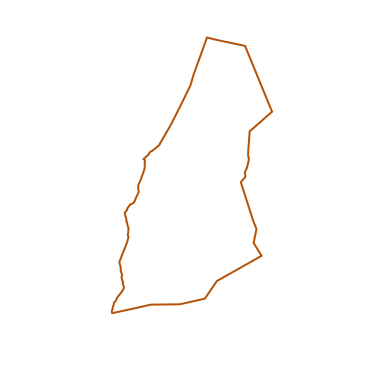 Tu'rgen, Uvs, Mongolia, rotated 313°
{"feature_id": "93677404B55143611741372", "entity_name": "Tu'rgen", "entity_type": "district", "adm_level": 2, "iso_a3": "MNG", "parent_name": "Mongolia", "parent_adm1": "Uvs", "projection": "mercator", "projection_center": [91.364, 50.028], "detail": "fine", "context": "isolated", "style": "outline", "palette": "amber", "viewbox_px": 384, "rotation_deg": 313, "n_neighbors": 0, "source": "geoboundaries", "source_scale": "gbopen_adm2", "svg_char_len": 1832}
<svg xmlns="http://www.w3.org/2000/svg" viewBox="0 0 384 384"><g transform="rotate(313 192 192)"><path d="M192.8,286.4L196.7,271.9L209.0,264.3L212.7,256.3L232.5,221.0L239.3,220.8L239.9,220.1L240.3,219.7L240.9,219.3L241.4,218.3L241.9,217.6L242.8,217.0L243.9,216.7L245.2,216.4L246.1,216.0L247.4,215.5L248.8,214.8L250.5,213.8L253.4,212.2L254.6,211.2L255.4,210.6L256.0,209.9L256.5,208.6L257.9,207.3L259.5,205.9L275.7,192.8L305.3,195.8L335.0,131.2L319.8,105.9L315.2,97.6L279.2,113.0L269.0,118.1L251.1,123.6L227.1,130.6L207.6,135.1L204.6,135.9L203.5,136.0L199.8,135.6L197.5,135.2L196.1,135.0L195.1,134.9L194.4,134.7L193.3,134.0L192.6,134.2L191.6,134.2L190.9,134.4L190.0,134.6L189.0,134.6L188.1,134.5L186.9,134.4L185.2,134.3L184.4,134.2L183.9,134.1L183.6,134.0L183.3,134.0L183.0,134.1L183.0,134.4L183.1,134.6L183.3,134.7L183.3,134.9L183.3,135.3L183.1,135.8L183.1,136.0L182.1,136.7L180.2,138.3L178.8,139.7L176.2,141.7L174.2,142.6L168.8,144.9L165.5,146.3L160.5,148.0L157.9,150.1L156.8,151.8L155.4,153.2L152.8,153.9L148.2,155.5L145.0,156.7L142.9,156.3L141.6,155.7L140.2,155.4L138.8,155.5L136.3,155.8L134.7,156.6L133.3,156.9L131.4,156.8L130.0,158.1L128.2,161.1L127.1,162.9L125.9,163.9L125.4,165.4L123.8,167.3L122.2,170.3L120.2,171.9L118.7,173.1L116.9,174.2L116.2,175.3L115.8,176.3L113.3,177.5L111.8,178.4L106.4,180.7L97.9,183.9L93.6,185.7L91.0,186.7L90.6,187.6L89.2,189.6L88.0,191.6L85.9,193.5L84.3,196.2L83.3,197.8L82.4,198.0L81.1,199.4L80.1,200.7L79.2,202.9L78.6,203.5L77.7,203.8L77.1,205.0L76.8,205.8L75.8,207.2L74.7,207.9L73.2,208.3L71.6,208.6L70.0,208.8L69.3,208.8L67.2,209.1L65.3,209.1L63.0,209.6L61.1,210.2L59.9,210.6L57.9,210.3L56.3,211.5L54.3,212.4L51.9,213.8L50.4,214.5L49.6,215.3L49.0,216.3L67.7,229.3L81.4,238.6L101.5,259.6L122.8,274.2L125.1,273.8L143.9,270.9L192.8,286.4Z" fill="none" stroke="#b45309" stroke-width="2"/></g></svg>